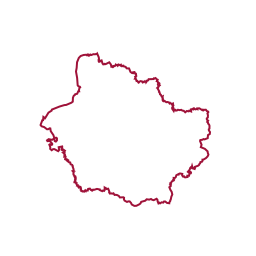 Kanchanadit, Surat Thani, Thailand, rotated 332°
{"feature_id": "78962969B17156499788774", "entity_name": "Kanchanadit", "entity_type": "district", "adm_level": 2, "iso_a3": "THA", "parent_name": "Thailand", "parent_adm1": "Surat Thani", "projection": "orthographic", "projection_center": [99.537, 9.081], "detail": "fine", "context": "isolated", "style": "outline", "palette": "rose", "viewbox_px": 256, "rotation_deg": 332, "n_neighbors": 0, "source": "geoboundaries", "source_scale": "gbopen_adm2", "svg_char_len": 5845}
<svg xmlns="http://www.w3.org/2000/svg" viewBox="0 0 256 256"><g transform="rotate(332 128 128)"><path d="M127.3,212.5L129.1,213.8L129.5,213.1L130.9,212.4L131.3,211.7L132.0,211.4L134.0,209.0L135.9,207.5L136.6,204.8L136.4,202.5L136.7,199.7L138.4,199.4L138.9,198.6L138.6,197.9L139.5,197.6L139.4,196.6L140.5,196.6L141.5,195.7L143.9,195.8L144.3,195.5L143.9,194.7L144.5,194.4L144.9,193.5L146.0,194.1L147.1,193.8L148.5,192.4L150.7,192.4L150.9,192.8L151.4,192.4L152.5,192.5L154.4,194.0L153.6,195.1L153.7,196.6L154.7,196.9L154.6,197.5L155.2,198.4L157.5,199.2L158.0,198.0L159.5,198.8L161.0,197.0L162.1,197.5L162.6,197.2L162.8,196.7L161.9,195.0L160.5,195.3L160.3,194.8L163.0,193.7L164.0,192.6L164.9,192.2L165.4,193.1L166.7,191.7L166.2,194.0L167.6,195.5L168.3,194.9L168.1,194.1L168.7,193.7L172.1,194.2L173.3,194.0L174.3,193.2L175.1,193.1L175.9,192.1L177.5,192.5L178.1,192.2L178.9,190.9L179.6,191.3L182.6,191.2L184.8,190.5L185.9,189.8L186.6,189.1L186.7,187.7L187.3,186.0L186.1,182.5L183.3,179.1L185.1,177.3L185.5,173.3L186.2,172.6L188.2,173.3L189.4,173.2L190.3,174.0L193.6,174.4L195.3,171.8L197.4,171.7L198.5,170.1L198.3,168.1L198.7,167.1L199.6,166.8L201.0,164.3L201.2,163.0L200.8,161.8L201.2,160.6L200.8,159.8L202.2,159.1L201.6,157.7L201.8,156.9L202.1,156.5L203.4,156.2L204.6,154.2L205.0,152.4L206.3,151.8L206.5,151.2L205.6,150.1L205.3,148.4L203.6,147.6L203.0,147.8L202.7,147.0L202.0,147.2L200.3,144.2L198.4,143.2L198.1,144.0L197.5,143.4L196.4,143.3L194.9,141.9L195.7,142.0L195.5,141.5L195.0,141.4L194.1,142.1L193.8,141.5L192.3,141.1L191.5,143.0L190.2,141.4L189.4,141.8L187.9,140.6L185.9,141.0L185.3,139.0L184.1,138.1L183.6,137.0L181.9,136.4L180.6,135.3L179.3,135.5L178.1,134.9L177.7,134.6L178.2,134.0L177.9,133.6L177.4,133.8L177.3,133.3L177.1,133.8L176.6,133.7L176.3,134.1L176.1,132.2L176.4,132.3L176.7,131.3L177.3,131.1L176.9,130.5L178.5,129.6L178.3,129.0L178.8,128.7L179.2,127.5L177.8,127.6L177.9,126.9L176.9,126.1L176.9,125.4L176.4,125.2L176.6,125.7L176.2,125.8L176.1,124.6L175.1,123.6L173.9,123.2L173.0,121.2L172.6,121.3L172.2,120.8L171.8,120.9L171.6,120.5L171.7,119.4L172.3,119.2L172.8,117.8L172.5,117.4L173.4,116.4L172.9,116.4L172.5,115.9L172.6,114.0L172.1,113.3L172.5,112.1L172.3,110.7L172.8,110.4L172.7,107.1L173.2,106.8L172.8,106.3L174.5,105.7L174.7,104.5L175.5,105.3L176.0,105.2L175.8,104.7L176.7,103.4L176.5,102.8L175.6,102.5L176.1,100.9L175.4,100.2L176.5,99.4L176.1,99.2L176.3,98.1L175.7,96.8L175.0,96.9L174.3,96.3L173.6,96.8L169.1,94.6L168.1,95.4L166.7,95.0L166.3,95.7L165.5,96.1L165.6,95.7L164.6,95.0L164.6,94.7L163.5,95.0L163.1,94.3L162.3,94.5L162.2,93.4L161.1,92.5L159.2,92.4L159.0,92.9L158.6,92.9L158.3,90.7L157.6,90.5L158.0,88.1L157.3,87.7L158.4,86.9L158.4,86.1L159.7,86.0L160.4,84.0L160.0,83.8L160.2,83.1L159.5,82.1L159.8,81.6L158.7,81.2L158.3,82.0L157.4,81.4L156.5,79.6L156.9,75.9L154.8,74.7L154.6,72.9L153.1,71.5L153.3,70.0L152.7,70.9L151.6,70.6L151.5,69.8L151.1,69.7L151.4,68.8L150.3,68.7L149.6,67.6L148.2,68.2L148.1,67.2L146.8,67.0L146.8,66.4L145.5,67.1L144.3,66.4L144.1,67.0L143.2,67.2L142.6,66.2L142.1,66.1L142.7,63.9L142.3,61.2L138.5,61.1L137.6,60.9L137.5,60.4L136.0,60.2L135.8,59.1L136.4,55.9L135.3,55.7L135.3,56.2L133.5,56.0L133.4,55.5L134.0,54.0L134.7,53.7L135.4,51.7L135.7,48.0L135.2,48.3L134.9,47.7L133.6,47.5L132.1,46.6L129.8,46.3L129.1,45.6L128.7,45.7L128.8,45.4L127.9,45.3L127.6,44.9L127.3,45.1L127.2,44.6L126.8,44.9L126.6,44.3L125.8,44.4L125.5,43.7L123.1,42.7L120.0,42.2L117.5,43.0L113.9,46.0L110.9,50.8L108.6,53.7L106.6,59.9L103.6,66.7L103.8,67.8L104.9,69.0L104.9,69.6L104.0,69.8L102.4,71.6L102.1,72.7L101.2,72.3L99.2,73.9L97.2,73.4L96.6,73.9L95.3,74.0L93.6,75.4L91.6,78.8L89.9,79.1L84.2,78.6L82.6,77.9L77.6,76.9L69.4,76.0L68.7,76.8L65.0,77.1L59.1,80.6L58.1,80.0L58.7,78.9L58.5,78.5L56.7,81.2L56.0,80.9L52.2,84.3L52.5,85.9L54.4,87.8L55.9,91.1L57.0,91.6L58.7,91.5L59.2,91.9L58.3,94.5L58.8,99.3L58.3,101.6L58.7,102.3L60.2,103.0L60.4,103.8L59.4,105.6L57.9,106.1L57.2,105.2L57.8,103.1L57.6,102.6L55.4,102.8L52.7,100.6L50.7,100.9L50.7,101.8L52.4,102.5L53.0,103.2L53.7,106.2L53.3,107.0L52.7,107.1L51.4,105.7L50.7,105.8L50.4,108.4L49.5,109.9L50.2,111.8L51.9,111.5L53.1,112.1L55.5,115.7L56.9,115.1L57.8,112.4L61.2,113.4L61.0,114.0L59.5,115.2L59.2,116.1L59.5,116.7L60.1,116.1L60.5,116.2L61.6,118.4L60.5,118.8L60.7,119.6L59.9,120.1L59.3,119.8L59.9,121.5L59.6,122.6L59.2,122.5L59.3,123.1L58.8,122.9L58.5,123.2L59.0,123.3L59.2,124.3L57.9,126.0L59.2,126.8L59.4,127.1L58.6,127.6L58.9,128.4L59.4,128.0L60.1,128.5L59.6,129.9L59.9,130.7L60.8,131.3L60.3,133.1L61.4,134.4L61.4,135.7L61.0,135.9L60.6,138.9L59.8,139.9L60.0,140.4L58.9,140.1L59.2,141.7L58.4,142.6L58.0,143.6L58.3,144.8L58.0,145.4L58.8,146.0L58.6,147.1L58.1,148.1L57.7,147.7L57.6,148.2L56.9,148.8L56.8,150.0L55.7,150.1L55.2,150.8L56.3,151.7L56.2,152.4L56.7,152.6L56.2,153.5L56.2,154.6L56.5,154.8L56.0,155.1L56.9,156.0L56.5,156.5L56.9,157.0L56.7,157.6L57.5,157.9L57.9,157.9L58.2,157.5L58.4,157.7L58.3,158.5L58.0,158.5L58.3,158.9L57.9,158.7L57.9,159.7L57.3,160.2L57.6,160.5L57.2,161.6L57.7,161.8L57.9,162.6L58.6,162.6L59.3,163.6L61.0,162.9L61.2,163.9L61.6,163.6L63.1,164.3L63.5,163.6L64.3,163.5L64.4,163.1L65.9,163.6L66.1,165.2L67.0,165.6L66.7,165.8L66.9,166.5L68.7,166.3L69.2,166.7L72.0,167.2L74.2,169.0L73.9,169.5L75.1,171.1L76.2,171.4L76.1,171.7L76.9,171.7L77.4,172.3L78.2,171.9L79.4,169.7L79.9,170.8L80.2,170.7L80.4,171.8L82.0,172.3L81.6,175.8L81.1,176.1L81.2,177.4L82.6,177.9L83.2,178.6L84.5,178.8L84.7,180.8L85.8,181.2L87.1,182.3L88.0,183.8L88.2,185.5L91.4,187.0L91.8,187.7L90.9,189.1L90.9,190.5L92.4,192.8L93.8,192.9L95.0,193.6L95.5,195.6L95.4,197.3L97.0,199.7L98.8,200.6L102.1,200.7L103.5,200.5L105.0,199.4L109.1,200.3L111.0,199.7L113.1,201.2L115.0,201.5L115.7,202.8L116.8,203.8L120.0,203.9L120.3,205.2L119.7,206.7L119.5,208.7L120.4,208.4L120.9,209.6L122.8,209.4L124.1,210.4L125.2,209.8L126.3,210.3L127.3,212.5Z" fill="none" stroke="#9f1239" stroke-width="2"/></g></svg>